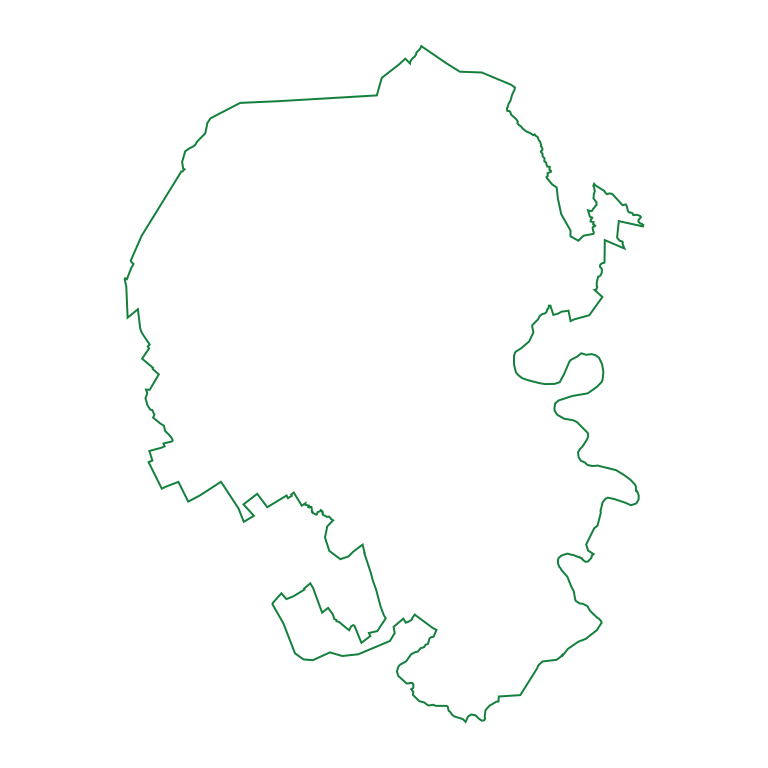 Acala, Chiapas, Mexico
{"feature_id": "50627088B13121801882345", "entity_name": "Acala", "entity_type": "district", "adm_level": 2, "iso_a3": "MEX", "parent_name": "Mexico", "parent_adm1": "Chiapas", "projection": "mercator", "projection_center": [-92.809, 16.528], "detail": "fine", "context": "isolated", "style": "outline", "palette": "green", "viewbox_px": 768, "rotation_deg": 0, "n_neighbors": 0, "source": "geoboundaries", "source_scale": "gbopen_adm2", "svg_char_len": 6107}
<svg xmlns="http://www.w3.org/2000/svg" viewBox="0 0 768 768"><path d="M465.6,721.9L468.0,716.5L471.3,714.5L475.6,715.4L478.8,718.6L481.7,720.6L483.9,720.5L485.0,718.9L484.7,716.1L485.6,710.0L489.5,705.7L496.4,701.7L498.5,701.5L498.8,696.5L520.3,695.1L537.2,668.2L538.3,665.4L542.4,661.5L556.5,659.8L560.8,656.7L562.2,655.0L562.5,655.6L568.0,648.8L578.3,641.7L585.7,638.9L596.9,630.1L601.5,622.9L601.5,621.9L599.4,619.0L597.2,617.7L590.2,611.0L587.3,606.0L583.0,603.8L579.5,603.4L575.9,601.0L575.3,599.8L573.7,591.1L571.0,585.9L567.4,576.8L561.5,570.1L560.5,568.1L559.4,567.1L558.1,563.7L557.9,560.2L558.6,558.0L561.7,555.4L567.6,553.6L571.6,554.9L572.9,554.8L578.4,557.1L579.1,556.9L580.3,557.9L581.9,558.3L582.0,559.0L584.8,561.4L585.8,561.8L588.0,561.5L591.5,557.7L591.8,555.6L593.6,554.1L588.0,550.5L586.2,544.4L594.3,528.1L597.5,525.8L600.8,512.8L600.5,510.9L602.7,502.2L605.5,498.7L607.9,497.7L614.2,499.0L624.7,502.5L630.9,505.2L635.5,503.8L636.6,503.0L638.6,499.4L638.7,495.4L637.2,491.3L636.4,491.4L636.0,490.8L635.8,486.1L635.0,484.6L630.3,479.6L623.4,474.6L616.2,470.2L597.7,465.6L592.3,466.0L587.5,465.0L584.8,462.4L581.1,460.9L578.7,457.4L578.0,452.3L580.2,448.8L582.7,446.3L586.9,439.6L588.1,436.6L588.1,434.0L587.4,432.6L577.2,422.3L575.5,421.3L572.5,420.1L564.4,418.8L557.4,414.9L554.7,410.9L554.4,408.3L555.2,403.3L558.5,400.5L572.6,395.9L587.6,393.4L596.5,387.2L601.6,382.1L602.5,380.1L603.4,372.2L602.1,364.3L599.0,357.7L595.5,355.2L591.6,354.1L586.3,354.8L581.2,353.3L577.3,356.5L570.7,360.0L569.3,361.9L563.9,374.5L559.7,382.2L554.6,383.9L545.0,384.1L539.2,383.1L527.0,379.9L521.9,378.0L518.4,375.2L515.9,372.3L514.0,364.5L514.0,355.8L515.1,352.5L515.8,351.6L520.6,348.7L529.1,341.5L533.4,332.4L532.1,326.1L532.5,324.9L538.2,319.2L539.8,315.9L542.2,314.1L544.8,313.5L546.6,311.9L547.3,309.2L548.4,308.5L548.9,305.6L550.4,305.7L553.4,314.9L557.9,313.7L561.5,311.7L568.5,310.7L570.6,321.1L573.8,319.5L589.3,315.2L602.4,297.0L594.6,290.0L596.2,289.6L597.3,286.9L596.8,286.3L596.7,283.2L598.0,277.0L600.3,275.7L601.8,272.7L601.9,269.7L601.5,268.4L600.0,266.9L600.1,265.4L600.5,264.4L601.9,263.4L604.5,262.6L604.8,240.1L624.4,248.5L622.6,244.1L622.8,242.1L622.3,241.5L619.5,240.6L617.1,237.5L618.8,221.1L642.9,226.4L643.3,225.0L642.1,224.0L639.9,223.2L638.4,221.6L638.5,220.0L640.9,217.2L640.0,215.9L636.9,214.8L633.3,215.1L632.6,213.3L630.3,212.4L629.1,212.5L627.8,210.7L627.0,206.9L625.8,204.4L622.6,205.2L612.2,193.9L609.3,193.4L607.0,194.2L605.4,192.8L604.5,191.1L595.1,185.1L594.1,183.8L593.3,185.9L594.0,187.0L594.8,191.4L593.9,193.8L593.5,198.4L596.5,202.3L596.5,205.1L595.2,206.2L594.4,207.7L593.5,208.3L591.9,211.0L591.3,211.2L588.0,210.3L589.7,216.1L590.2,216.9L592.2,217.6L592.2,218.2L591.0,219.3L590.6,221.5L593.7,222.3L593.1,224.1L595.2,225.7L594.9,226.2L593.2,226.7L592.6,227.7L593.0,230.5L593.8,232.2L593.7,233.0L593.3,233.9L583.5,235.7L578.4,240.7L570.5,236.3L570.5,230.5L561.2,214.1L557.9,198.6L556.6,187.4L552.3,184.5L546.6,177.8L546.5,177.1L547.8,175.9L547.5,173.2L550.7,171.9L551.1,171.1L549.4,169.6L549.8,166.9L547.2,166.5L545.9,162.3L544.3,161.3L544.5,158.3L542.5,156.2L542.6,153.8L540.9,151.9L540.9,151.3L542.2,150.4L542.5,149.1L541.8,147.2L540.9,146.1L541.1,145.0L540.2,141.9L538.6,139.8L537.7,137.1L535.7,135.8L534.7,134.4L533.3,135.2L530.3,133.1L526.6,131.6L522.8,128.7L520.8,126.2L518.9,125.1L517.4,123.0L517.8,121.5L516.0,119.0L511.1,114.6L510.2,111.8L509.0,111.0L507.3,110.9L506.9,108.2L507.9,106.8L508.5,103.9L510.4,100.9L512.2,94.5L514.6,89.5L514.9,87.5L511.2,84.8L481.8,72.5L459.8,71.7L445.8,62.9L421.3,46.1L420.2,48.7L416.5,52.5L416.1,54.4L414.5,56.9L412.9,57.9L411.4,59.8L410.3,61.6L410.0,63.5L405.3,58.7L398.7,64.7L381.8,77.8L376.8,95.4L277.8,101.2L240.2,102.9L210.5,118.3L207.4,123.0L205.3,133.3L197.0,141.7L195.4,144.7L193.4,146.4L188.8,148.7L185.2,151.3L182.1,162.0L183.2,168.6L184.5,169.3L182.7,171.3L181.4,171.4L141.7,235.7L130.7,260.7L131.6,262.3L133.5,264.0L131.3,267.8L126.9,279.2L125.1,278.3L124.7,279.3L126.3,286.6L127.6,317.7L137.9,309.2L140.2,328.4L141.5,332.2L143.5,335.4L149.7,344.5L147.8,346.5L149.1,348.4L142.1,358.7L153.0,367.8L152.6,368.9L158.8,374.4L149.7,389.8L146.0,389.6L147.3,393.2L145.5,398.2L147.5,405.4L150.4,409.7L152.2,410.0L152.6,410.8L154.4,414.7L153.1,417.6L160.3,423.5L163.9,425.7L165.2,431.1L169.1,434.8L171.7,438.1L172.7,440.1L172.0,441.4L163.5,443.5L164.6,446.3L161.4,447.7L149.4,451.0L152.4,460.6L148.6,462.2L161.8,488.7L165.5,486.8L178.4,481.9L188.2,501.6L199.6,495.6L221.0,481.8L238.5,508.4L243.8,521.8L253.9,515.8L243.5,504.4L257.2,493.8L267.3,507.2L286.6,495.5L287.9,498.2L291.7,495.9L291.1,494.6L293.8,492.6L301.8,505.7L305.5,503.2L305.3,504.8L308.8,505.6L308.3,507.2L309.3,507.5L310.8,506.7L311.5,507.0L312.1,512.1L312.8,512.1L312.9,513.1L316.5,514.7L317.1,514.0L317.5,512.2L320.5,511.1L320.7,510.1L321.6,510.5L322.7,512.0L322.3,512.8L322.8,513.1L322.8,514.7L327.1,516.9L328.9,516.6L330.8,518.3L330.9,518.9L333.1,520.3L327.3,526.3L325.0,537.5L329.3,550.9L340.4,559.2L348.5,556.4L353.3,551.6L362.6,544.6L364.7,553.0L364.3,553.1L370.8,572.8L372.8,580.4L376.1,589.6L380.7,606.9L383.8,615.1L385.7,618.4L377.3,631.1L368.9,633.0L370.3,636.1L361.4,642.8L354.5,625.8L353.1,625.1L351.1,626.4L349.2,630.2L347.9,629.3L339.1,622.0L336.4,621.1L336.3,619.8L334.3,619.0L332.9,614.5L328.1,607.9L322.1,612.6L313.1,588.1L310.3,583.3L304.1,588.6L304.4,589.6L293.4,596.3L286.4,599.1L281.4,593.3L272.9,602.8L272.4,604.2L283.3,623.2L295.0,653.3L303.4,659.4L312.8,660.2L329.9,652.4L342.3,656.0L358.2,654.3L389.9,641.0L394.7,633.1L393.6,626.9L403.3,618.6L405.9,622.7L409.0,621.4L411.7,619.8L412.6,617.5L414.7,614.6L432.6,627.9L436.5,629.9L433.6,636.7L431.3,637.1L429.5,638.5L428.0,643.8L425.5,644.9L424.0,647.2L420.8,648.1L417.8,651.6L415.4,652.1L411.1,654.3L406.2,661.3L400.1,664.7L398.4,666.6L396.9,671.5L398.3,676.0L406.7,683.5L412.2,682.9L413.4,684.5L413.3,687.4L413.1,688.0L411.2,689.2L413.3,691.9L412.9,694.9L419.4,701.2L424.3,702.5L427.8,705.2L429.7,705.4L433.1,704.8L436.0,705.9L446.7,705.9L447.7,706.6L448.7,710.8L450.5,712.3L452.0,714.6L454.2,716.4L462.9,719.1L465.6,721.9Z" fill="none" stroke="#15803d" stroke-width="2"/></svg>